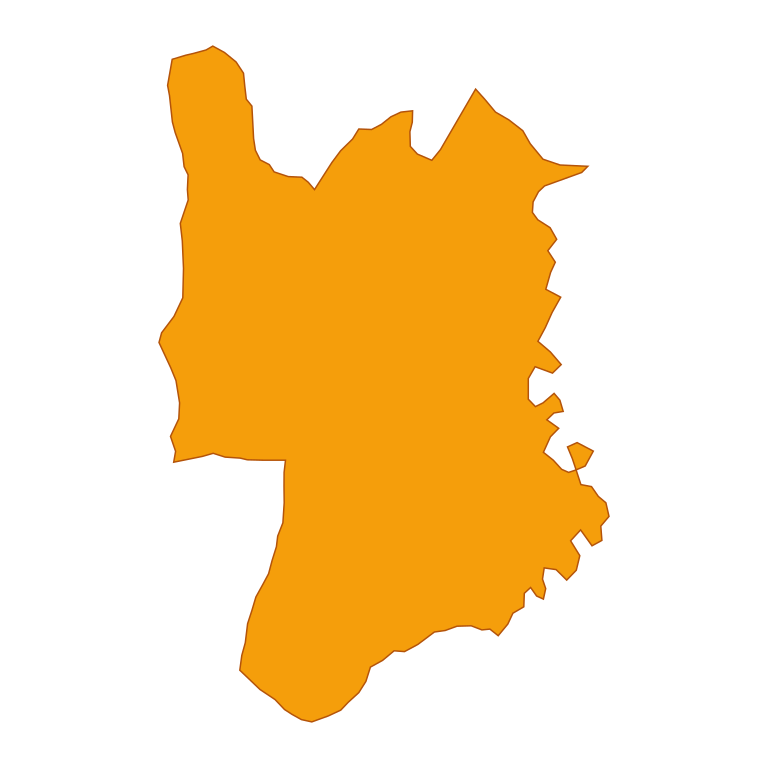 the district of Florestópolis, Paraná, Brazil
{"feature_id": "56859067B91168213066452", "entity_name": "Florestópolis", "entity_type": "district", "adm_level": 2, "iso_a3": "BRA", "parent_name": "Brazil", "parent_adm1": "Paraná", "projection": "equal_earth", "projection_center": [-51.393, -22.894], "detail": "fine", "context": "isolated", "style": "filled", "palette": "amber", "viewbox_px": 768, "rotation_deg": 0, "n_neighbors": 0, "source": "geoboundaries", "source_scale": "gbopen_adm2", "svg_char_len": 2291}
<svg xmlns="http://www.w3.org/2000/svg" viewBox="0 0 768 768"><path d="M587.8,166.3L560.0,165.0L543.0,159.2L530.2,143.7L522.8,130.7L508.9,119.9L495.5,112.1L484.7,99.2L475.6,89.1L440.4,149.7L431.8,160.3L417.4,154.1L410.3,146.4L409.9,131.7L412.3,122.2L412.6,110.8L400.9,112.1L390.9,116.8L381.5,124.3L371.6,129.5L358.8,129.0L352.6,139.0L340.6,150.8L331.9,162.5L314.5,189.6L308.2,182.2L301.9,177.2L288.3,176.6L274.1,171.9L269.3,164.6L260.2,159.9L255.4,150.3L253.6,138.6L251.9,106.1L246.3,99.2L244.8,86.4L243.5,73.2L236.1,62.0L224.5,52.5L212.8,46.1L206.0,50.0L193.2,53.5L185.8,55.2L172.2,59.3L167.6,85.4L169.5,95.5L172.4,122.0L175.2,132.6L182.6,153.4L184.1,166.7L188.1,174.8L187.4,189.6L188.2,200.0L180.3,223.4L182.3,240.9L183.5,268.5L182.8,297.8L174.0,316.4L161.6,332.8L159.0,342.5L170.8,367.9L176.0,380.6L179.6,402.9L178.8,418.8L170.5,436.4L175.6,451.3L173.7,462.2L202.4,456.4L213.2,453.3L225.1,457.1L240.2,458.1L247.3,459.8L263.5,460.2L274.6,460.2L285.5,460.2L284.1,472.4L284.0,486.2L284.2,502.8L282.9,522.8L277.7,536.1L276.4,546.8L272.1,560.5L268.6,573.7L263.2,583.8L255.9,597.0L251.9,610.5L247.6,623.7L245.3,642.7L241.8,655.4L239.8,670.2L260.0,689.5L275.1,699.6L284.5,709.5L291.9,714.3L301.4,719.6L311.8,721.9L328.4,715.9L340.8,710.1L348.2,702.3L358.8,692.6L365.9,681.4L370.4,667.1L382.7,660.3L394.1,650.8L404.5,651.6L417.9,644.4L434.4,632.0L445.2,630.5L457.0,626.2L471.2,625.8L481.9,629.9L489.9,629.1L498.2,635.7L507.8,624.1L512.9,613.2L523.8,606.8L524.3,593.3L530.6,587.5L536.6,596.0L543.4,599.1L545.7,588.6L542.5,579.1L544.2,567.9L556.1,569.6L566.7,580.1L576.3,570.2L579.8,555.7L570.6,540.8L580.6,529.9L592.0,545.8L601.9,540.4L600.8,526.1L609.0,516.4L605.9,502.8L598.3,496.4L591.5,486.6L580.9,484.6L576.1,469.9L568.6,472.4L561.6,469.3L553.3,460.2L543.4,452.3L550.4,436.8L558.7,428.3L546.8,419.8L553.9,413.0L563.2,411.4L559.9,400.2L554.1,393.4L543.0,402.9L535.4,406.6L528.3,399.2L528.3,378.5L535.1,366.7L552.5,373.1L561.2,364.6L550.4,352.0L537.9,341.3L545.3,327.6L552.1,312.5L560.7,297.2L545.8,289.3L550.6,272.4L555.3,262.2L547.8,250.7L556.7,239.3L550.1,227.7L537.8,219.8L532.4,212.4L533.1,201.9L538.5,191.7L544.6,185.9L581.7,172.5L587.8,166.3ZM576.1,469.9L585.2,466.0L593.3,451.1L577.1,442.6L567.5,446.9L572.3,458.5L576.1,469.9Z" fill="#f59e0b" stroke="#b45309" stroke-width="1.5"/></svg>